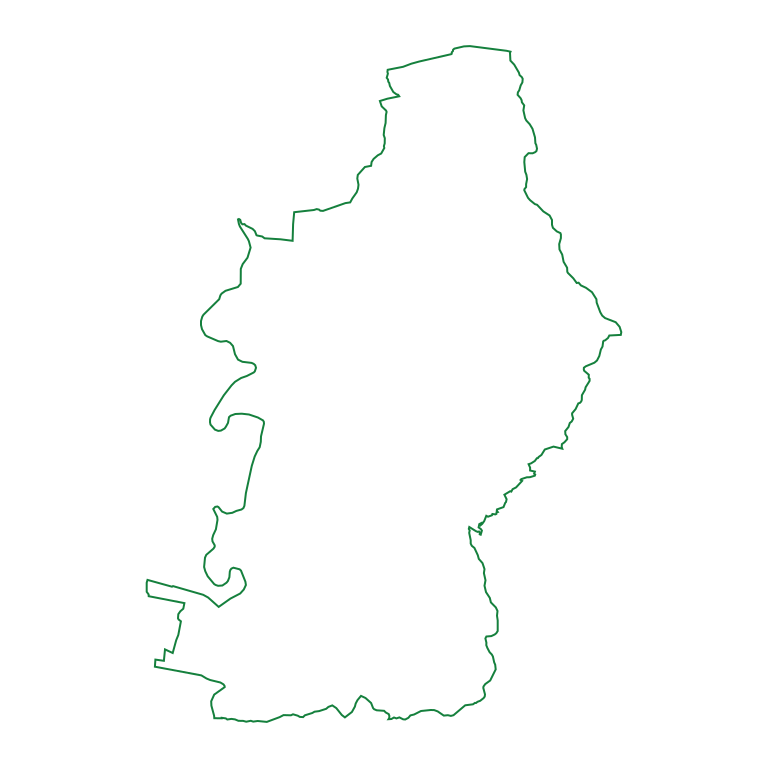 Vladimir, Gorj, Romania
{"feature_id": "2599482B64472006817342", "entity_name": "Vladimir", "entity_type": "district", "adm_level": 2, "iso_a3": "ROU", "parent_name": "Romania", "parent_adm1": "Gorj", "projection": "equal_earth", "projection_center": [23.559, 44.818], "detail": "fine", "context": "isolated", "style": "outline", "palette": "green", "viewbox_px": 768, "rotation_deg": 0, "n_neighbors": 0, "source": "geoboundaries", "source_scale": "gbopen_adm2", "svg_char_len": 6088}
<svg xmlns="http://www.w3.org/2000/svg" viewBox="0 0 768 768"><path d="M482.5,563.1L478.8,558.9L477.8,555.2L474.4,547.9L471.8,545.8L470.7,543.6L470.7,540.2L469.2,532.9L469.7,530.4L468.8,528.9L469.3,527.0L476.0,531.2L477.8,531.9L479.0,531.5L479.9,532.5L479.7,534.3L480.7,534.7L481.9,530.6L480.9,529.1L478.6,527.4L479.3,524.1L481.2,523.1L481.1,524.8L482.2,523.9L484.2,521.1L486.3,515.8L488.0,516.7L491.9,515.3L492.4,514.0L495.5,514.4L496.4,513.9L496.5,512.3L497.8,512.0L496.8,510.6L497.0,509.4L503.5,507.1L505.2,502.9L506.0,502.0L506.6,499.2L504.4,494.7L510.2,491.2L511.3,491.6L512.6,489.2L516.1,487.4L522.1,480.9L520.6,479.9L521.3,479.1L526.8,477.3L529.9,477.2L534.8,475.7L535.2,474.5L534.1,473.7L534.9,471.6L530.1,470.5L530.1,467.6L528.6,464.2L531.0,463.4L534.8,461.0L536.9,458.2L537.9,458.1L538.6,457.0L541.4,455.0L544.8,449.5L553.5,446.6L562.3,448.7L561.7,446.8L561.9,444.1L564.4,442.3L567.2,439.2L567.2,437.1L565.4,434.3L565.2,431.1L568.5,427.0L569.8,423.0L571.7,421.5L573.2,418.7L572.1,414.8L572.1,413.3L575.6,409.1L578.3,403.4L579.9,402.9L581.2,401.5L581.8,399.9L581.9,395.2L585.1,389.7L585.6,387.3L589.6,380.9L589.6,378.8L588.7,377.7L588.8,374.7L584.2,370.8L583.8,369.6L583.9,367.7L585.8,366.3L594.4,362.7L597.0,360.5L599.3,356.0L600.9,349.4L602.5,346.6L603.2,341.4L603.7,340.8L605.2,340.3L608.0,338.0L609.3,335.5L620.8,334.9L621.3,332.1L619.6,326.8L615.7,322.2L605.1,318.1L602.2,315.6L600.3,312.3L596.7,302.7L596.4,299.2L592.0,292.2L586.0,287.8L580.9,285.4L578.6,282.7L576.7,283.0L573.3,278.3L567.9,272.9L567.3,271.8L567.1,267.7L563.6,261.8L562.2,254.6L559.5,249.5L559.2,244.1L560.9,238.1L560.9,234.5L560.4,233.1L556.8,231.4L552.9,227.8L552.0,224.8L552.0,220.0L549.6,215.5L543.3,211.4L537.1,204.8L534.9,204.1L530.1,200.2L528.0,197.8L524.3,190.3L524.4,189.2L526.1,187.1L526.1,184.2L527.1,179.1L526.4,174.8L525.2,171.7L524.3,162.1L524.7,157.1L528.5,153.2L532.6,153.3L535.1,152.2L536.4,151.1L537.0,148.7L536.2,144.8L535.4,143.3L535.0,137.4L532.5,128.8L529.7,124.2L526.3,120.5L525.1,118.1L523.4,110.4L524.2,105.4L521.9,102.3L521.6,100.2L520.6,98.2L517.6,94.8L517.9,92.3L519.2,90.4L520.7,85.4L522.4,82.4L522.7,78.8L521.8,77.1L519.6,75.1L518.9,72.6L514.2,64.6L510.4,60.6L510.0,52.9L510.5,51.7L506.6,50.8L469.9,46.1L463.9,46.4L454.4,48.6L453.1,49.7L452.9,51.1L451.8,52.3L451.7,53.8L451.1,54.2L419.3,61.5L411.3,63.7L403.1,66.8L387.7,69.8L387.4,71.9L387.9,73.6L386.7,77.8L388.0,79.5L388.3,81.7L389.2,82.9L389.9,86.0L393.3,92.0L396.4,94.3L398.2,94.8L399.2,96.3L387.4,98.7L379.9,101.0L381.7,106.4L386.1,110.6L386.6,111.9L385.9,115.1L385.6,123.0L384.4,128.1L383.7,135.0L384.8,138.2L384.7,143.4L383.9,146.1L384.3,148.0L381.2,153.5L377.8,155.3L373.6,158.9L371.6,162.0L371.1,165.8L364.9,167.0L357.8,174.9L357.3,178.5L358.5,184.8L358.0,188.7L356.7,192.3L352.3,198.5L350.2,202.4L345.4,203.1L323.0,210.9L320.3,210.7L319.0,209.6L316.7,209.1L313.9,210.0L294.2,212.2L293.1,224.2L292.6,240.8L280.5,239.3L264.6,238.3L262.2,236.5L257.1,235.5L256.5,235.2L254.9,231.2L252.6,228.9L245.9,225.6L244.5,224.1L242.4,224.3L241.1,222.9L240.2,219.8L238.9,219.0L238.0,219.4L238.9,223.9L239.9,226.5L247.8,238.9L248.9,241.2L250.6,247.6L247.5,257.7L242.7,264.1L240.8,268.9L240.7,283.7L237.9,287.0L225.5,290.8L221.6,293.6L220.4,295.3L219.2,299.2L203.5,314.7L202.3,316.6L201.0,321.0L201.0,325.1L202.0,329.2L205.3,335.1L207.2,336.4L218.1,341.1L220.8,341.7L226.5,341.0L230.1,342.8L233.0,346.1L235.0,354.2L238.0,359.6L242.4,361.8L251.6,362.9L253.6,363.8L255.2,365.2L256.0,367.8L254.8,371.4L253.7,372.5L246.8,376.0L241.1,378.0L235.0,381.8L231.5,385.4L223.8,395.3L214.6,410.0L210.6,417.6L210.1,419.2L210.0,422.2L210.5,424.6L214.9,429.6L218.2,430.9L220.9,430.6L224.6,428.5L225.9,426.7L228.0,422.9L229.0,417.2L230.6,415.7L235.3,414.0L241.7,413.7L249.0,414.5L257.9,417.5L263.0,420.4L263.8,421.7L264.0,423.7L261.0,436.4L260.8,441.8L259.7,447.2L257.3,451.0L254.7,456.5L251.8,465.8L245.9,493.1L244.4,505.8L243.4,508.1L241.5,509.5L236.4,510.9L232.3,512.8L226.8,513.6L222.1,511.6L218.5,507.1L217.4,506.5L215.2,506.9L213.3,509.0L217.2,516.9L217.5,519.9L215.9,529.3L213.2,535.1L212.2,538.8L212.5,541.4L214.7,545.3L214.7,546.7L213.5,548.6L206.3,554.8L205.0,557.7L204.1,567.0L205.3,571.3L207.7,576.3L214.2,584.1L215.7,585.0L218.1,585.8L222.4,585.5L226.5,582.7L227.9,581.0L229.4,577.2L229.8,571.7L230.4,569.9L231.4,568.6L233.4,567.7L239.6,569.3L241.0,570.6L245.4,581.7L245.9,585.0L243.8,589.5L240.2,593.5L230.4,598.6L218.7,606.9L208.1,597.5L203.2,594.8L173.0,586.1L172.0,586.7L147.5,579.9L146.7,582.7L146.7,591.8L148.6,594.4L148.7,596.2L184.4,603.1L183.3,608.7L180.3,611.3L178.3,614.2L178.0,618.3L178.6,619.5L180.9,621.3L178.3,635.0L176.2,640.2L172.7,653.0L165.0,649.4L163.9,660.8L155.4,659.6L154.9,666.7L201.4,675.4L206.5,678.5L210.1,680.0L220.4,682.5L223.5,684.4L224.6,686.0L224.7,687.1L214.2,694.6L211.2,701.3L211.4,705.7L214.1,715.7L214.3,718.2L221.7,718.3L221.7,717.8L225.8,718.4L227.3,719.5L231.4,718.9L235.0,719.4L238.4,720.8L243.2,720.9L246.2,721.7L250.8,720.8L253.2,721.6L257.7,721.0L266.8,721.9L279.7,717.1L283.5,715.1L290.9,715.3L293.0,714.3L297.8,715.7L299.8,716.9L303.1,717.1L304.9,715.3L312.3,713.0L314.5,711.7L319.1,711.1L326.2,708.8L328.4,706.9L332.3,705.4L336.3,708.1L341.8,715.0L344.9,717.4L351.9,712.0L354.9,706.6L355.7,703.5L357.5,700.1L361.0,695.9L365.5,698.0L371.1,703.0L373.1,708.1L374.1,709.2L376.7,710.3L384.1,710.8L385.8,712.5L388.7,714.1L389.4,716.0L389.2,718.1L388.5,719.2L391.4,719.0L394.0,717.5L396.4,718.4L399.4,717.4L403.1,719.3L405.2,719.5L408.4,717.8L410.4,715.4L414.1,714.5L421.0,711.0L430.7,710.0L434.2,710.1L437.7,711.4L443.8,715.6L447.9,715.2L450.9,715.9L453.5,715.2L465.2,705.3L473.0,704.3L474.9,702.9L476.0,703.0L477.5,701.8L480.2,700.8L483.6,698.1L484.7,696.6L485.0,694.4L483.3,687.9L483.5,686.5L485.2,684.1L490.2,680.5L495.7,669.4L495.2,664.7L494.2,662.4L492.9,656.5L491.8,654.5L489.6,652.2L487.4,648.0L486.3,645.2L486.4,642.7L485.4,638.4L486.4,636.5L491.3,636.1L494.7,634.5L496.3,633.2L497.7,631.0L497.7,620.5L497.0,615.7L497.5,611.0L495.8,607.4L490.9,602.4L489.8,597.9L486.0,592.1L484.5,585.7L485.5,580.3L483.9,573.1L484.5,569.1L482.5,563.1Z" fill="none" stroke="#15803d" stroke-width="2"/></svg>